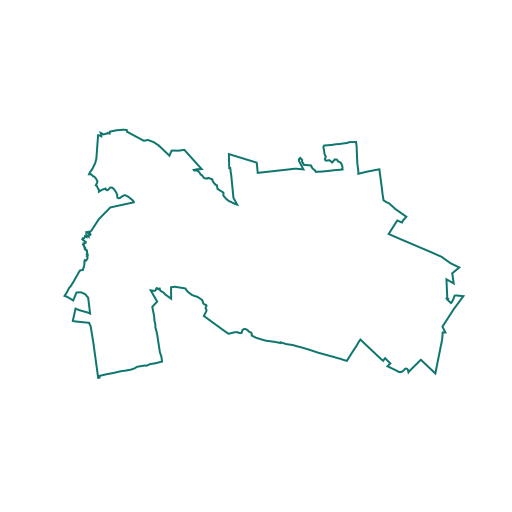 the district of Tuzantán, Chiapas, Mexico, rotated 257°
{"feature_id": "50627088B59724502540082", "entity_name": "Tuzantán", "entity_type": "district", "adm_level": 2, "iso_a3": "MEX", "parent_name": "Mexico", "parent_adm1": "Chiapas", "projection": "orthographic", "projection_center": [-92.404, 15.141], "detail": "fine", "context": "isolated", "style": "outline", "palette": "teal", "viewbox_px": 512, "rotation_deg": 257, "n_neighbors": 0, "source": "geoboundaries", "source_scale": "gbopen_adm2", "svg_char_len": 6024}
<svg xmlns="http://www.w3.org/2000/svg" viewBox="0 0 512 512"><g transform="rotate(257 256 256)"><path d="M409.2,129.3L387.9,122.7L386.2,122.1L384.4,121.1L383.0,120.4L381.9,119.6L378.1,116.5L377.0,115.4L374.7,112.9L373.2,111.7L372.6,113.8L370.5,115.1L369.5,116.4L367.1,117.6L364.4,118.3L363.1,117.6L360.9,115.8L359.9,116.7L357.0,117.3L356.1,117.8L354.0,117.4L355.2,121.1L355.6,124.5L354.3,124.8L353.7,125.5L353.6,125.8L353.8,126.7L354.6,128.2L355.2,128.8L355.4,129.3L355.4,129.8L355.2,130.8L354.6,131.4L353.5,132.4L350.3,133.8L347.0,134.5L346.5,134.5L345.0,134.1L343.9,134.2L343.6,134.5L343.2,135.3L343.1,135.8L343.2,136.8L343.7,137.7L343.8,138.1L344.1,138.6L344.8,141.1L344.6,142.2L343.4,143.8L341.7,145.6L340.8,146.2L340.2,146.5L339.4,147.4L338.3,148.1L337.2,148.8L336.2,149.2L335.8,149.0L336.1,125.0L327.2,111.1L318.1,101.7L317.1,100.2L317.4,96.0L317.1,96.0L315.3,99.3L314.7,99.5L314.2,99.6L313.5,98.6L313.7,98.0L314.0,97.9L313.8,97.3L312.6,97.2L314.0,96.1L314.7,95.5L312.6,95.2L313.6,93.8L313.0,93.7L311.4,91.3L311.9,90.9L311.2,90.5L307.9,93.3L307.0,92.7L307.1,90.6L306.4,90.5L305.9,90.0L305.0,90.6L304.6,90.6L304.7,90.8L303.3,90.8L303.0,90.9L302.7,91.0L302.6,91.3L302.4,91.4L301.7,90.7L301.0,90.7L300.8,90.9L300.7,91.5L299.8,91.7L299.7,91.8L299.7,92.3L299.1,92.5L298.5,92.4L297.4,92.0L297.2,92.2L296.2,92.2L295.4,91.4L295.3,91.5L295.2,91.7L295.2,92.1L295.1,92.3L294.8,92.4L293.7,91.3L293.4,91.6L293.0,91.5L292.6,91.6L291.4,91.1L290.7,90.5L290.2,89.7L289.9,89.8L289.4,90.2L289.5,90.0L290.0,89.4L290.3,89.2L290.5,88.4L290.3,88.2L289.9,88.0L289.7,87.7L288.9,87.5L289.0,87.7L285.2,86.4L281.3,84.1L281.6,81.4L280.0,79.7L272.0,72.4L269.8,70.2L268.0,68.4L267.3,67.2L266.7,66.5L265.3,65.3L263.2,63.6L260.2,60.5L258.9,62.5L256.9,64.7L253.8,67.9L260.8,72.9L260.0,77.3L257.2,81.0L254.5,82.3L253.2,83.1L237.2,81.4L238.6,79.6L243.0,71.6L245.3,68.3L233.9,62.9L233.0,64.9L228.4,78.4L227.6,78.4L224.8,79.1L208.0,78.0L172.7,74.8L172.7,76.2L174.3,76.5L174.4,77.5L174.4,84.7L174.2,87.5L174.1,91.8L174.1,97.7L174.1,99.8L173.7,102.3L173.4,109.2L173.7,110.6L173.7,112.0L174.8,115.3L174.3,123.3L173.7,124.4L174.5,128.6L174.1,133.7L174.3,140.7L177.9,141.1L180.1,141.1L183.9,140.7L201.1,142.0L204.2,142.1L209.2,141.9L211.9,142.5L214.0,142.6L215.1,142.4L220.3,143.2L229.8,143.5L233.8,149.4L246.2,145.7L245.1,148.4L244.9,149.2L244.9,149.9L245.3,150.5L247.0,151.8L247.1,152.2L246.7,152.4L245.6,153.3L245.4,153.8L245.4,154.0L245.8,154.4L246.3,154.7L246.9,154.8L244.2,154.9L243.4,155.2L241.9,157.0L240.4,158.1L239.2,158.7L233.5,163.7L244.6,166.2L244.6,167.7L244.4,168.3L244.4,169.1L244.3,170.0L240.3,179.8L236.7,181.3L232.3,185.0L229.8,188.8L229.7,189.5L225.3,193.6L224.4,193.7L224.1,193.9L222.6,193.8L221.9,193.9L221.2,194.2L219.8,195.7L219.6,196.3L218.9,196.6L218.1,196.3L217.7,196.0L217.4,195.5L216.9,195.3L216.2,195.1L214.6,195.7L214.1,195.5L213.3,195.1L209.3,191.7L189.9,208.5L186.4,211.7L186.5,218.1L185.9,220.8L185.0,221.9L184.4,223.5L184.3,223.9L184.5,224.9L186.4,225.8L186.8,226.1L187.1,226.7L187.5,227.7L187.5,228.6L187.0,229.6L186.2,230.6L185.3,231.3L184.7,231.6L183.5,232.5L182.6,233.8L182.2,234.0L181.1,234.4L179.5,233.9L176.5,237.4L172.3,244.6L171.3,246.5L168.3,254.5L165.7,260.3L166.3,260.6L163.2,266.0L161.3,271.0L160.5,272.7L159.3,274.7L156.7,279.8L152.7,286.8L146.9,296.3L146.6,297.1L141.2,307.0L141.1,307.5L138.8,311.4L136.5,315.7L135.4,317.3L133.4,320.9L140.4,328.0L146.0,333.9L148.4,336.0L151.1,338.9L128.7,353.8L125.3,356.3L127.4,358.8L121.0,362.7L119.0,359.3L112.4,367.5L111.0,368.9L110.3,370.7L110.3,371.6L110.7,372.9L111.6,374.7L112.4,375.7L112.6,376.6L112.6,376.9L112.0,377.8L111.3,378.3L110.9,378.4L108.4,378.4L109.2,379.3L109.9,380.4L117.8,393.3L101.2,404.3L133.0,418.7L139.5,420.7L138.9,423.3L145.2,421.8L159.7,436.7L170.2,449.0L172.5,442.3L172.7,440.7L171.4,439.7L169.8,438.8L169.0,438.0L168.4,437.7L166.5,435.9L166.3,435.4L170.3,432.7L171.0,433.5L171.8,432.2L172.5,433.0L190.4,436.3L184.8,442.5L195.0,443.3L199.1,451.5L205.0,444.1L213.5,436.6L220.4,427.4L240.2,400.2L247.6,390.2L258.8,401.6L255.8,405.8L257.9,407.5L258.4,408.5L260.4,411.3L270.6,402.2L273.5,400.3L274.2,399.7L275.3,399.0L277.5,397.4L278.6,395.8L279.8,394.5L281.6,392.8L287.6,393.2L293.9,393.9L312.7,395.7L312.9,392.1L313.2,382.9L313.1,374.2L315.8,374.8L323.7,375.6L340.2,378.7L344.6,379.1L344.9,377.3L345.9,373.1L345.9,372.1L345.6,370.4L346.0,366.6L346.4,361.7L346.9,359.5L347.1,355.5L348.3,347.2L347.3,346.3L345.7,346.0L344.8,346.2L340.5,345.7L338.2,346.1L337.2,346.4L334.9,344.9L333.9,345.0L333.6,345.2L333.2,345.7L333.0,346.6L332.9,348.9L330.5,351.1L330.0,351.2L330.2,351.7L332.4,354.5L331.6,356.6L329.7,357.3L327.8,359.6L325.6,360.1L324.8,360.3L323.8,360.2L322.6,360.2L321.8,359.9L321.5,359.3L320.9,359.6L320.9,358.7L322.0,351.5L322.7,344.8L323.7,337.6L324.0,336.3L324.2,335.8L324.2,335.3L324.4,333.3L325.4,332.9L325.8,332.9L328.2,331.1L329.9,330.2L330.8,330.3L332.0,329.8L332.4,328.0L333.4,325.3L333.8,324.0L334.2,322.9L335.0,322.9L336.0,322.7L337.4,322.1L338.7,322.4L339.1,322.6L341.6,321.2L341.3,320.5L340.8,320.1L340.6,319.6L338.8,319.3L329.7,321.7L332.2,314.2L336.6,276.4L346.8,277.7L361.4,252.5L347.7,249.7L347.5,250.7L343.3,250.2L340.8,250.1L317.7,247.1L310.3,249.2L312.4,245.9L314.4,243.8L315.3,242.2L318.5,239.7L322.2,237.8L325.0,238.5L325.3,238.3L330.1,233.6L333.7,233.8L334.6,232.4L335.1,232.4L336.7,231.3L339.5,230.5L340.0,230.7L340.9,230.3L340.9,230.0L342.4,227.8L342.8,227.3L342.6,226.9L342.8,226.7L342.8,226.2L342.5,225.9L342.4,225.6L343.1,223.9L343.6,223.0L345.4,222.1L346.6,221.7L347.1,221.1L347.8,220.4L350.0,219.7L351.7,218.7L352.8,217.2L352.9,216.5L353.1,215.4L353.6,215.4L353.6,214.8L353.8,214.7L353.8,217.4L353.6,219.2L353.2,220.8L352.9,222.6L375.6,210.0L376.0,204.5L377.7,197.5L373.2,194.2L384.5,186.8L384.9,186.2L385.4,186.0L385.8,186.0L386.0,185.7L389.9,182.0L393.3,176.9L393.5,172.6L406.1,158.3L407.8,158.4L408.9,155.2L409.4,151.5L409.9,148.4L410.0,141.5L408.2,140.9L409.2,139.1L408.9,139.0L408.8,134.7L410.8,132.4L409.0,132.6L407.4,132.2L408.6,130.8L409.2,129.3Z" fill="none" stroke="#0f766e" stroke-width="2"/></g></svg>